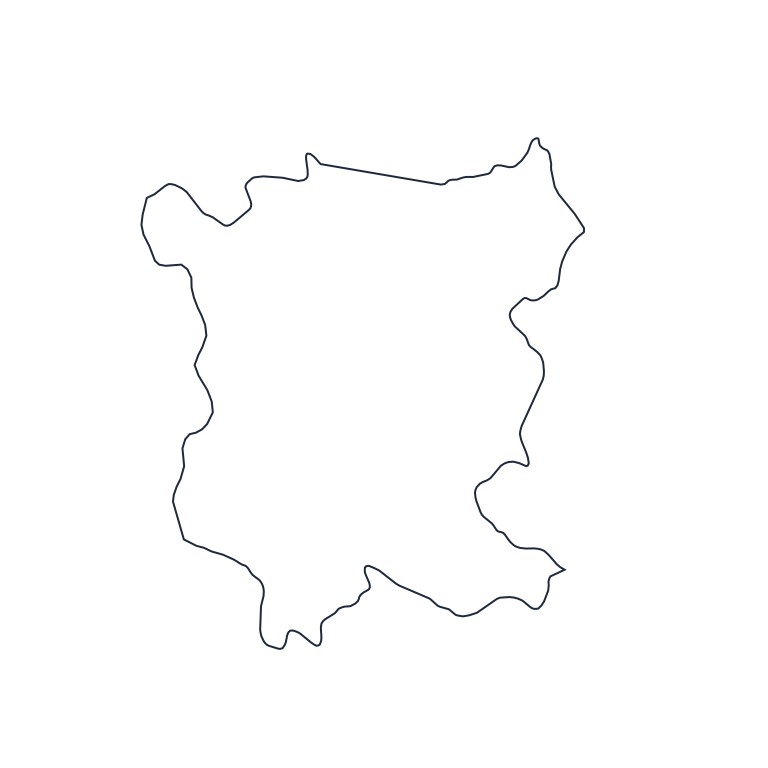 an SVG outline of Prachin Buri, rotated 158°
{"feature_id": "THA-410", "entity_name": "Prachin Buri", "entity_type": "Province", "adm_level": 1, "iso_a3": "THA", "parent_name": "Thailand", "parent_adm1": "", "projection": "equal_earth", "projection_center": [101.594, 14.089], "detail": "fine", "context": "isolated", "style": "outline", "palette": "slate", "viewbox_px": 768, "rotation_deg": 158, "n_neighbors": 0, "source": "natural_earth", "source_scale": "10m", "svg_char_len": 4246}
<svg xmlns="http://www.w3.org/2000/svg" viewBox="0 0 768 768"><g transform="rotate(158 384 384)"><path d="M150.9,554.8L149.5,554.3L149.0,553.1L149.9,549.2L150.1,546.5L148.6,543.3L147.3,541.7L145.2,539.5L144.7,537.7L144.5,535.1L146.6,525.2L147.6,523.1L148.5,520.8L148.8,519.7L151.8,503.1L151.0,494.6L143.4,470.1L140.2,453.8L140.7,452.2L141.7,450.0L149.6,447.6L158.4,443.3L165.0,438.7L172.9,430.9L177.6,424.6L183.4,414.2L186.3,410.5L189.2,408.7L193.4,409.2L197.1,408.2L202.9,405.9L209.6,404.7L211.4,404.8L213.6,405.3L215.5,406.1L216.9,407.0L218.0,408.2L219.8,410.3L221.4,411.0L223.3,410.8L236.7,405.7L239.5,403.7L241.3,401.5L241.9,399.6L242.2,398.1L242.3,395.7L242.0,393.1L241.7,390.7L241.1,388.3L235.4,376.2L234.9,373.9L234.8,371.1L235.0,368.5L235.0,365.7L234.3,363.8L229.9,356.2L228.3,352.1L228.1,348.6L228.4,344.2L230.9,336.0L232.7,332.0L235.1,328.6L272.1,293.5L274.9,289.9L276.7,286.8L277.7,281.2L277.9,278.2L277.8,267.8L278.2,261.6L279.5,256.2L281.3,254.5L282.9,254.5L288.4,260.1L293.3,263.6L297.5,264.9L299.8,265.2L302.0,265.2L306.3,264.4L320.4,256.9L322.5,256.4L324.6,256.1L329.3,256.1L332.3,255.7L336.9,253.5L339.1,251.2L340.5,248.8L341.8,243.9L342.2,240.9L342.5,228.7L342.2,226.0L341.4,223.7L336.3,214.5L335.5,212.1L334.5,206.9L333.7,204.9L332.2,203.6L330.6,202.6L329.2,201.2L328.4,199.3L326.6,191.7L325.7,189.4L324.8,187.4L323.8,185.5L322.5,183.9L319.5,181.2L314.1,178.3L306.3,175.3L302.6,173.3L301.0,172.2L298.1,169.4L297.1,167.6L295.2,163.4L291.4,152.4L289.3,148.3L286.1,144.1L301.8,143.3L303.5,141.8L305.4,139.4L306.7,135.6L309.1,131.0L317.0,122.5L321.1,119.6L325.1,118.0L327.4,118.6L329.4,119.5L330.8,120.8L332.0,122.5L336.2,130.3L337.3,131.9L340.2,134.8L343.4,137.3L347.6,139.5L356.4,142.4L359.6,142.5L383.4,137.1L391.5,137.6L397.9,139.0L402.6,141.9L404.1,143.2L408.2,150.8L415.6,156.5L417.4,158.5L421.3,166.6L422.4,168.3L445.2,191.2L447.6,194.3L458.4,213.0L462.4,217.4L466.2,221.1L468.7,221.7L470.5,220.9L471.5,218.8L472.3,216.4L472.4,213.6L472.2,205.2L472.6,202.6L473.4,200.6L475.0,199.2L480.8,198.4L483.1,197.8L485.1,197.0L486.7,195.8L487.9,194.1L489.7,192.4L492.8,191.2L498.4,190.6L504.5,192.5L508.2,192.7L510.4,192.5L515.4,189.9L526.7,187.9L528.7,187.2L530.4,186.3L531.9,185.1L532.9,183.3L534.0,181.3L536.3,174.3L537.3,171.7L538.6,169.2L541.1,166.5L543.2,166.2L544.9,166.8L546.2,168.3L548.6,171.9L554.9,183.4L556.3,185.5L558.2,187.4L561.0,189.7L563.3,190.4L565.2,189.8L566.7,188.6L568.1,187.0L571.7,181.4L573.6,179.4L576.9,177.1L579.0,177.2L580.8,177.9L588.6,184.2L590.1,185.8L591.1,187.8L591.8,190.2L592.2,195.7L591.8,198.5L591.3,201.0L590.6,203.2L581.3,224.0L575.2,232.4L573.2,236.5L572.5,238.9L572.0,241.5L572.0,244.3L572.4,246.9L573.1,249.1L576.4,254.5L577.4,256.4L578.1,258.8L579.1,264.1L579.9,266.3L580.9,267.7L582.5,269.0L584.2,270.8L588.9,277.3L597.3,286.1L606.8,293.5L612.2,299.5L618.5,304.2L627.8,314.9L623.7,354.0L620.4,360.0L614.7,366.5L608.3,372.1L600.1,382.6L595.0,399.8L589.0,407.2L583.0,410.3L576.7,409.3L569.8,410.1L563.0,413.1L553.3,421.9L550.3,432.3L550.1,444.3L552.8,461.3L552.5,472.5L545.3,480.4L538.6,486.2L530.6,495.3L527.7,505.7L527.5,515.9L528.1,524.4L527.9,535.2L526.4,545.2L522.8,554.7L523.3,564.0L527.2,570.6L542.2,575.4L547.7,578.8L550.2,584.2L549.9,599.6L551.0,612.6L549.3,622.4L544.3,631.5L534.2,645.4L525.7,645.9L512.9,649.6L510.8,649.9L508.7,650.0L506.0,648.8L503.1,646.7L498.5,641.6L496.4,638.4L494.9,635.5L488.3,612.1L487.3,610.0L486.1,608.2L483.2,605.7L480.4,602.8L473.4,592.0L472.1,590.5L470.1,589.5L467.3,589.1L462.9,589.9L443.8,596.1L442.1,597.0L440.7,598.5L439.7,600.6L439.2,603.4L438.9,617.9L438.0,619.7L436.7,621.0L435.0,622.0L429.1,624.1L426.9,624.2L418.0,621.7L400.7,613.2L387.6,604.4L381.9,603.1L379.3,603.6L377.3,604.9L376.3,606.7L374.6,611.3L372.1,621.3L371.3,623.5L370.5,625.1L369.8,625.8L369.4,626.2L368.9,626.3L367.8,625.9L366.0,624.7L363.9,621.2L362.8,618.6L361.2,613.7L360.3,611.6L256.6,547.6L252.7,546.7L250.9,547.2L249.2,548.0L246.9,548.4L244.0,547.8L239.8,546.2L233.9,545.9L230.2,545.2L223.9,542.6L208.6,539.8L206.4,540.2L204.9,541.1L201.5,543.6L199.9,544.5L197.0,544.3L193.5,542.7L186.9,538.2L183.3,537.0L180.5,536.9L172.9,539.5L164.4,544.7L161.6,547.5L158.9,550.8L156.1,553.4L154.5,554.3L152.8,554.7L150.9,554.8Z" fill="none" stroke="#1e293b" stroke-width="2"/></g></svg>